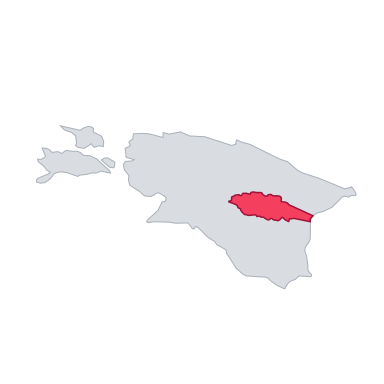 Jõgeva highlighted on a map of Estonia, rotated 18°
{"feature_id": "EST-1657", "entity_name": "Jõgeva", "entity_type": "County", "adm_level": 1, "iso_a3": "EST", "parent_name": "Estonia", "parent_adm1": "", "projection": "equal_earth", "projection_center": [26.423, 58.721], "detail": "fine", "context": "in_parent", "style": "filled", "palette": "rose", "viewbox_px": 384, "rotation_deg": 18, "n_neighbors": 0, "source": "natural_earth", "source_scale": "10m", "svg_char_len": 4308}
<svg xmlns="http://www.w3.org/2000/svg" viewBox="0 0 384 384"><g transform="rotate(18 192 192)"><path d="M310.3,255.3L309.0,255.4L302.0,254.6L294.2,252.2L290.8,250.3L287.5,250.3L283.5,251.6L269.0,255.1L265.5,254.3L257.2,250.8L253.0,247.0L243.8,239.6L243.0,237.8L241.8,236.3L231.9,234.5L228.2,231.7L225.2,231.4L220.7,230.0L209.2,224.1L206.3,223.6L205.6,224.6L205.8,225.9L205.1,226.7L203.6,226.7L200.9,224.6L197.7,222.7L187.7,226.2L184.0,227.2L180.8,227.4L164.9,232.1L160.0,234.6L158.0,234.4L158.5,232.0L165.3,220.1L166.6,210.7L169.1,209.4L169.8,208.1L168.8,205.1L162.0,203.2L159.2,203.4L156.7,206.7L154.1,209.0L148.0,210.4L142.8,208.0L130.7,204.7L127.8,200.3L127.1,196.0L120.8,191.8L118.2,186.8L119.4,183.3L125.3,181.1L127.0,179.1L119.6,179.4L118.1,178.9L117.9,177.2L114.8,171.1L117.7,168.7L119.0,166.4L116.7,164.5L117.4,162.2L119.3,160.0L118.3,154.8L125.6,152.0L132.7,150.0L147.6,149.1L146.2,144.3L152.2,144.1L162.5,138.4L172.5,139.4L187.1,135.5L215.1,135.5L218.9,133.2L218.3,131.0L218.4,128.6L223.6,129.2L232.4,128.8L265.4,133.6L273.5,133.6L284.7,138.4L290.8,139.7L308.7,139.7L336.2,141.8L341.6,138.5L342.1,137.7L344.8,139.5L348.1,142.5L349.0,144.2L347.9,145.2L344.6,146.0L343.9,146.9L342.4,148.5L338.6,148.7L336.6,149.9L334.2,154.9L329.8,163.3L323.1,169.7L317.7,173.2L315.3,175.9L313.8,179.1L313.5,182.3L318.9,200.2L318.8,203.4L317.6,206.8L316.8,210.2L317.5,213.1L321.0,218.1L324.8,225.7L326.3,230.5L328.7,232.3L331.1,233.6L331.6,234.4L331.5,235.2L330.3,236.2L319.8,238.7L318.4,240.9L317.3,243.2L312.7,246.8L311.3,250.1L310.4,253.9L310.3,255.3ZM73.7,189.0L77.2,190.5L80.5,190.0L83.8,189.0L91.0,190.0L107.2,197.3L108.7,199.3L98.8,200.2L96.6,202.4L94.1,204.0L91.4,204.5L86.5,207.7L80.0,210.7L78.6,212.5L67.0,212.2L60.7,213.4L55.4,216.8L53.1,223.4L49.2,228.5L45.3,230.4L41.3,230.7L40.4,228.7L40.9,226.8L49.5,219.5L51.3,217.2L47.2,216.1L43.8,213.6L36.3,210.6L35.0,208.3L36.8,208.1L38.5,207.4L40.6,205.4L41.6,203.1L35.8,196.5L38.9,195.5L42.8,195.7L46.7,197.6L51.1,195.4L53.0,195.0L56.0,195.8L59.2,191.5L66.5,190.0L70.2,188.7L73.7,189.0ZM89.3,176.7L85.2,179.7L82.8,178.5L81.5,177.1L76.1,183.8L70.1,184.9L66.7,183.6L67.1,181.1L63.9,174.5L58.8,172.6L51.6,172.4L46.4,169.7L66.7,167.9L68.9,164.8L73.1,161.6L76.2,161.2L78.8,162.0L79.2,164.5L79.8,165.5L88.9,166.9L92.4,171.2L93.6,176.3L89.3,176.7ZM109.8,193.3L105.6,193.9L95.9,189.6L98.3,186.7L101.1,185.6L109.4,187.4L110.5,191.8L109.8,193.3Z" fill="#d9dde1" stroke="#a8b0b8" stroke-width="1"/><path d="M314.4,177.2L312.7,181.0L313.6,183.7L299.6,185.3L296.8,185.7L296.2,186.0L295.6,186.3L294.8,186.8L294.1,187.1L293.7,187.3L293.2,187.3L292.9,187.5L292.8,187.9L293.2,189.6L293.0,190.2L291.8,190.1L291.1,189.9L289.2,189.7L286.9,188.5L285.4,188.3L284.4,190.8L282.9,192.6L278.4,193.3L276.6,192.8L276.0,192.5L275.5,192.6L275.0,192.9L274.2,194.3L273.6,194.8L273.4,194.9L273.2,195.0L271.4,194.9L269.5,194.5L267.8,193.9L266.0,194.3L265.4,194.6L265.1,194.6L264.2,194.1L263.0,194.3L261.9,195.1L261.3,195.2L260.9,195.0L260.6,194.6L260.2,194.3L259.5,194.2L258.5,194.4L254.1,196.4L253.3,196.7L252.2,196.9L250.7,196.8L248.9,197.2L245.6,195.5L244.0,194.3L243.8,193.8L243.5,193.3L243.0,192.9L241.5,192.9L240.8,192.7L240.3,192.3L239.9,191.9L239.7,191.6L239.5,191.1L238.9,190.8L238.2,190.5L233.8,190.1L233.0,190.2L231.9,190.1L230.4,190.1L230.0,189.9L229.9,189.5L230.3,189.0L230.8,188.8L231.7,188.5L232.0,188.2L232.1,187.7L231.8,186.9L231.7,185.4L231.3,184.9L231.6,184.0L233.1,183.0L233.4,182.5L233.9,181.8L234.2,181.5L234.9,181.2L235.3,181.1L236.8,180.3L237.8,180.1L238.8,180.6L240.2,179.9L240.4,179.5L240.5,178.9L240.5,178.4L240.7,177.7L241.3,177.3L242.5,177.1L242.9,176.8L243.5,176.6L244.0,176.4L245.0,176.4L248.1,176.2L248.3,175.7L248.0,174.9L248.1,174.6L248.2,174.3L248.5,174.0L248.8,173.8L250.1,173.1L254.2,172.4L257.1,171.4L258.1,171.2L258.9,171.4L260.2,172.6L262.9,173.2L264.9,172.6L265.1,172.3L265.2,172.1L265.2,171.1L267.6,170.0L268.7,170.1L269.2,170.4L270.2,170.5L271.0,170.4L273.0,169.7L275.6,169.0L276.1,169.0L277.4,169.0L278.7,169.9L278.7,170.1L278.8,170.3L278.8,170.6L279.1,170.9L279.3,172.2L279.6,173.1L279.8,173.4L280.2,173.5L280.6,173.4L281.0,173.3L282.1,173.3L283.4,172.9L284.1,172.8L284.6,172.8L285.8,172.9L287.1,173.4L287.7,174.0L288.1,174.2L288.5,174.3L289.9,174.4L290.2,174.4L314.4,177.2L314.4,177.2Z" fill="#f43f5e" stroke="#9f1239" stroke-width="1.5"/></g></svg>